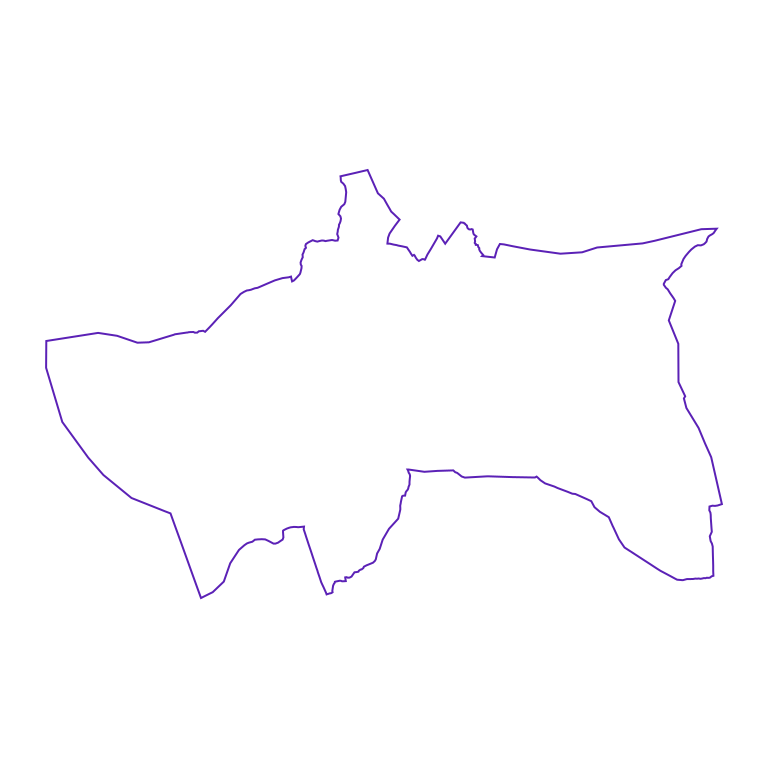 the district of Ado-Ekiti, Ekiti, Nigeria
{"feature_id": "59680162B25214275797379", "entity_name": "Ado-Ekiti", "entity_type": "district", "adm_level": 2, "iso_a3": "NGA", "parent_name": "Nigeria", "parent_adm1": "Ekiti", "projection": "mercator", "projection_center": [5.254, 7.621], "detail": "fine", "context": "isolated", "style": "outline", "palette": "violet", "viewbox_px": 768, "rotation_deg": 0, "n_neighbors": 0, "source": "geoboundaries", "source_scale": "gbopen_adm2", "svg_char_len": 5786}
<svg xmlns="http://www.w3.org/2000/svg" viewBox="0 0 768 768"><path d="M201.0,598.0L205.0,596.0L210.0,593.5L212.7,592.2L223.8,581.6L229.3,565.9L230.2,563.3L235.5,555.2L239.0,549.9L244.4,545.2L247.0,543.4L248.8,542.7L252.4,541.7L254.9,539.7L256.0,539.6L257.8,539.4L259.8,539.3L261.8,539.2L263.5,539.3L265.2,539.4L266.5,540.0L267.8,540.6L269.2,541.3L273.5,543.6L275.5,543.6L276.5,543.2L278.0,542.7L280.0,541.3L280.6,540.9L282.6,539.6L283.4,537.4L283.2,534.8L283.1,533.1L283.0,532.0L283.1,530.6L284.2,529.9L286.8,528.6L289.0,527.8L290.7,527.3L292.5,527.1L293.9,526.9L296.3,527.0L298.2,527.2L300.3,527.0L304.0,526.6L303.7,529.3L305.2,533.8L306.3,537.3L307.3,540.3L308.6,544.3L310.3,549.3L311.7,553.5L312.8,556.9L315.4,564.7L316.4,567.8L317.4,570.6L317.9,572.4L319.6,577.3L321.2,582.2L322.2,584.4L323.4,586.9L326.0,592.7L326.6,594.4L327.7,594.0L328.6,593.8L329.5,593.4L330.6,593.3L331.5,593.0L332.6,592.2L332.3,591.0L332.5,589.7L333.1,585.7L333.9,583.9L334.6,583.0L334.9,581.8L335.5,581.6L339.9,580.7L340.9,580.8L342.1,581.3L344.4,581.2L345.8,581.1L345.4,578.7L345.2,577.4L346.2,577.2L346.7,577.2L347.8,577.7L349.6,577.6L351.5,576.6L353.3,574.0L354.5,572.3L356.4,572.1L358.4,571.7L358.9,570.7L360.5,569.6L361.6,569.4L363.3,568.1L363.9,566.7L366.6,565.3L369.1,564.3L373.0,562.7L374.9,560.9L375.8,559.3L377.1,553.5L379.7,548.9L382.7,539.6L389.0,528.8L398.2,518.7L400.3,509.6L400.3,507.9L400.2,505.7L400.7,503.3L400.9,501.9L402.1,496.3L403.1,495.7L405.1,495.6L405.7,492.3L406.4,491.2L407.7,489.7L408.2,488.6L408.6,486.7L409.0,485.8L409.5,484.5L409.5,481.9L409.8,478.6L410.1,476.0L409.7,474.2L408.7,472.7L408.1,470.6L407.5,469.5L408.4,469.5L424.4,471.8L437.4,470.9L453.3,470.4L455.2,472.2L457.2,472.9L461.7,476.5L464.9,477.6L487.7,476.3L512.3,477.1L534.9,477.5L536.6,476.6L538.1,477.9L540.4,480.2L545.1,483.4L554.5,486.6L557.5,488.0L567.9,491.9L572.3,493.7L575.3,494.0L587.0,499.2L591.3,501.2L594.5,507.2L599.9,511.8L608.8,517.2L612.9,526.5L613.2,527.0L618.9,539.3L624.5,547.5L636.7,555.4L645.0,560.8L650.1,564.1L656.8,568.5L660.6,570.9L662.9,572.1L670.6,576.2L675.0,578.6L677.1,579.7L680.8,580.0L681.8,580.1L683.1,580.1L686.8,579.1L693.0,579.0L695.3,578.6L697.2,578.7L698.7,578.5L700.4,578.8L701.8,578.6L703.9,578.1L705.5,578.2L707.0,577.7L707.9,577.9L709.8,577.7L710.4,577.3L711.6,576.3L712.7,576.0L713.4,575.8L713.2,571.1L713.2,565.9L713.1,561.7L712.9,555.3L712.7,546.5L711.9,543.5L710.7,541.2L710.4,539.8L709.8,536.2L711.0,533.6L711.8,531.8L711.5,528.1L710.8,518.2L710.7,514.8L710.4,512.6L709.3,510.3L709.5,506.5L712.4,505.7L715.0,505.9L717.6,505.5L717.9,505.4L721.9,504.1L711.2,457.2L705.1,443.6L698.6,428.0L686.4,408.0L683.9,398.4L685.2,396.3L678.5,382.1L678.3,343.8L668.8,320.4L675.2,300.9L673.6,298.2L670.1,293.2L667.7,289.3L665.9,287.8L663.8,284.8L663.8,283.8L665.8,280.1L668.3,279.2L669.7,277.0L672.6,273.1L675.5,270.3L678.8,268.2L681.5,265.9L681.3,264.2L683.5,259.0L685.6,255.9L688.9,252.0L691.3,249.5L694.9,246.6L697.8,245.2L700.9,245.4L703.7,244.3L704.9,243.3L706.5,241.6L707.2,238.9L708.5,236.5L709.8,235.5L712.3,234.1L713.7,233.0L715.6,230.1L716.7,228.7L701.3,229.2L654.6,240.8L642.6,243.4L597.1,247.5L582.1,252.3L560.4,253.7L530.0,249.5L512.6,246.2L503.9,244.4L499.9,244.0L497.0,249.3L494.7,257.5L482.1,256.1L483.2,255.0L481.1,252.6L480.4,251.6L479.8,250.8L479.2,249.3L479.3,248.2L478.3,247.0L477.8,245.1L476.7,244.9L475.8,244.9L475.7,243.8L475.2,243.6L474.7,242.9L475.1,241.3L474.7,238.5L475.7,237.4L476.4,236.4L475.3,235.6L473.8,234.4L473.3,233.0L472.7,229.5L471.6,229.1L470.2,229.5L469.0,229.3L467.7,228.3L467.2,227.1L466.9,225.6L465.7,224.6L465.0,223.7L464.6,223.7L463.8,222.8L460.6,222.4L445.2,243.7L440.3,236.4L438.1,235.7L437.1,238.2L436.6,239.1L430.9,248.9L427.4,254.6L425.8,258.0L425.0,259.7L424.6,259.7L424.4,259.4L424.0,259.3L423.5,259.2L422.3,259.1L421.7,259.4L418.9,261.0L417.3,259.8L415.8,257.7L414.7,255.6L414.0,254.9L412.4,255.8L411.0,253.7L409.9,251.8L408.5,249.8L406.9,247.4L406.1,247.2L402.0,246.3L398.3,245.6L396.6,245.1L393.7,244.6L390.0,243.7L388.4,243.7L387.4,243.6L388.1,237.6L389.6,233.5L394.9,225.8L399.6,219.6L393.8,214.0L391.2,211.6L389.7,208.9L387.6,205.3L386.3,203.0L383.9,198.7L377.9,193.3L369.9,175.2L367.6,170.0L356.2,172.7L340.5,176.3L340.7,177.5L340.8,180.1L341.2,181.8L343.4,183.7L345.1,186.1L345.7,189.0L346.2,192.2L345.8,196.6L345.3,201.8L344.3,204.2L341.2,206.8L339.6,209.8L338.4,214.0L340.4,216.3L341.0,218.6L340.5,221.3L339.8,223.2L339.0,224.7L338.9,226.7L338.4,228.3L337.9,229.7L337.7,231.7L337.2,234.1L337.9,235.9L338.5,237.7L337.6,240.5L336.3,240.6L335.4,240.7L334.6,240.6L333.5,240.3L332.0,240.0L326.9,240.8L325.6,241.1L324.9,241.0L324.6,240.8L322.8,240.5L321.8,240.5L319.2,241.1L317.4,241.6L315.2,241.1L313.4,240.4L312.6,240.2L311.7,240.7L310.1,241.5L308.2,242.5L305.9,244.1L305.4,245.6L305.5,246.6L305.7,247.2L305.9,247.4L305.9,247.9L305.4,248.5L304.6,249.1L303.7,252.0L303.3,253.0L302.5,254.6L302.6,255.3L302.7,256.7L302.7,257.5L302.2,258.3L301.4,260.1L300.6,262.5L300.8,264.6L301.6,265.9L301.5,268.1L300.9,270.6L300.4,272.7L299.8,274.2L297.0,277.3L295.2,279.2L293.9,280.5L292.1,281.4L291.8,280.1L291.6,279.5L291.0,276.6L288.7,277.3L282.5,278.1L274.8,280.4L267.3,283.6L257.6,287.8L254.8,288.3L252.6,289.1L251.1,289.7L248.9,290.2L246.8,290.5L243.9,291.9L240.5,294.0L238.0,296.9L230.8,305.2L226.9,309.1L217.9,318.1L212.5,324.1L209.7,327.1L205.1,331.8L203.2,330.8L202.0,330.9L200.7,331.1L198.8,331.3L197.3,332.6L194.9,332.7L193.4,332.0L190.1,332.1L188.7,332.2L187.7,332.5L187.2,332.5L174.9,334.3L173.7,334.8L167.4,336.7L157.2,339.8L148.9,342.3L137.4,342.7L117.1,335.8L98.1,332.9L46.3,341.0L46.1,367.8L62.3,422.0L88.2,457.6L103.4,475.0L121.0,489.4L131.5,498.0L142.6,502.4L150.9,505.7L165.0,511.3L170.5,513.4L175.5,527.3L180.8,541.9L185.0,553.6L191.1,570.6L196.6,585.9L201.0,598.0Z" fill="none" stroke="#5b21b6" stroke-width="2"/></svg>